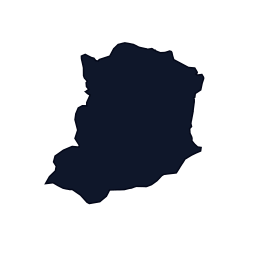 Jabal Habashi, Ta`izz, Yemen (Mercator projection), rotated 28°
{"feature_id": "15242507B58786860168028", "entity_name": "Jabal Habashi", "entity_type": "district", "adm_level": 2, "iso_a3": "YEM", "parent_name": "Yemen", "parent_adm1": "Ta`izz", "projection": "mercator", "projection_center": [43.88, 13.465], "detail": "fine", "context": "isolated", "style": "filled", "palette": "ink", "viewbox_px": 256, "rotation_deg": 28, "n_neighbors": 0, "source": "geoboundaries", "source_scale": "gbopen_adm2", "svg_char_len": 2756}
<svg xmlns="http://www.w3.org/2000/svg" viewBox="0 0 256 256"><g transform="rotate(28 128 128)"><path d="M81.3,215.8L87.5,211.5L88.4,211.5L90.7,211.6L93.1,211.7L98.9,211.6L102.2,210.7L102.7,210.5L102.9,210.4L103.6,210.2L104.8,209.8L105.4,209.7L107.6,208.4L117.6,209.5L126.7,212.8L129.3,212.8L137.7,206.3L138.3,204.8L138.9,203.3L140.7,198.9L140.9,198.5L140.9,195.0L140.8,191.4L142.1,190.6L145.1,188.9L148.1,187.2L149.6,186.4L149.8,186.3L152.9,184.5L153.5,184.2L157.4,180.7L157.5,180.6L159.2,179.4L161.3,177.0L161.4,176.9L161.7,176.6L162.7,175.6L165.3,174.3L165.5,174.2L166.1,173.9L166.4,173.7L166.9,173.5L167.6,173.1L169.9,171.9L170.5,171.7L171.3,171.3L171.6,171.1L171.8,171.0L175.3,167.0L176.6,164.4L178.3,160.9L180.1,154.3L181.4,152.1L184.8,149.7L191.5,145.1L191.7,144.9L192.0,141.1L192.1,139.7L192.2,137.6L192.4,135.0L192.7,132.0L192.8,130.4L192.9,128.6L193.3,128.0L193.6,127.5L193.9,127.1L194.2,126.5L194.3,126.3L196.9,122.0L199.9,117.9L202.9,114.2L201.7,110.9L198.4,112.1L194.3,111.0L191.9,110.0L190.4,109.3L189.3,107.0L188.4,106.0L185.5,103.8L185.3,103.7L185.2,103.6L185.0,103.3L183.4,100.7L183.2,100.4L182.9,99.9L182.8,99.7L182.7,99.6L183.4,96.9L181.4,94.6L180.4,91.9L180.4,91.6L177.6,82.6L177.3,82.1L177.2,81.9L176.7,80.6L176.4,79.8L174.2,73.9L173.1,71.8L171.8,70.4L172.5,69.3L172.4,69.2L171.8,67.6L171.3,66.3L171.3,65.7L174.3,60.2L172.4,53.6L171.6,48.9L170.9,47.8L168.1,46.1L164.4,48.7L162.5,48.5L162.6,47.9L163.2,47.9L163.0,46.3L158.8,43.7L152.9,46.2L151.3,46.2L150.4,46.2L148.0,46.2L142.5,46.2L136.3,46.2L133.5,43.4L131.2,40.7L130.3,40.2L128.6,40.5L127.2,42.0L126.1,43.1L125.5,43.7L124.7,44.3L123.2,45.2L121.5,46.2L121.1,46.4L118.5,46.7L117.7,46.8L115.7,46.9L115.3,46.9L115.1,46.6L114.7,47.0L114.0,47.0L113.7,47.0L112.6,46.6L112.3,46.7L111.8,46.8L111.6,46.8L110.7,47.6L110.1,48.0L108.4,49.3L106.6,49.6L106.2,49.8L101.9,51.0L99.5,51.6L98.7,51.6L96.5,51.6L94.6,51.7L93.7,51.7L88.6,53.2L86.0,54.1L85.3,54.3L83.5,55.8L82.0,57.2L81.8,57.4L80.1,58.9L78.7,63.3L78.2,64.7L78.2,65.7L78.2,70.0L78.2,71.3L78.2,73.1L70.5,81.1L70.2,82.9L68.0,83.7L65.1,82.4L62.8,83.0L58.6,83.1L55.7,83.1L54.1,85.1L53.1,86.4L53.9,87.8L54.5,88.8L56.6,91.2L57.2,91.9L60.1,95.3L60.6,96.0L64.2,102.6L65.5,103.8L66.1,104.3L70.2,105.8L69.8,107.7L70.6,108.9L71.8,110.8L72.0,111.0L72.5,111.2L73.1,111.4L74.7,112.1L75.2,112.3L73.6,115.6L73.5,115.8L73.4,115.9L76.1,116.6L79.1,116.7L79.6,124.8L80.8,127.2L81.1,127.8L80.5,128.1L78.6,129.1L77.2,129.8L76.9,130.3L76.8,130.5L76.1,131.5L75.3,132.7L74.7,133.6L74.7,134.0L75.0,137.1L75.3,140.2L75.4,140.3L77.3,145.5L84.6,153.5L86.1,162.1L93.1,166.1L93.5,168.0L87.4,170.5L81.4,177.9L78.8,183.1L76.8,187.0L78.2,192.9L82.7,195.5L83.2,197.4L84.0,199.8L84.0,200.0L81.5,207.8L81.3,215.8Z" fill="#0f172a" stroke="#020617" stroke-width="1.5"/></g></svg>